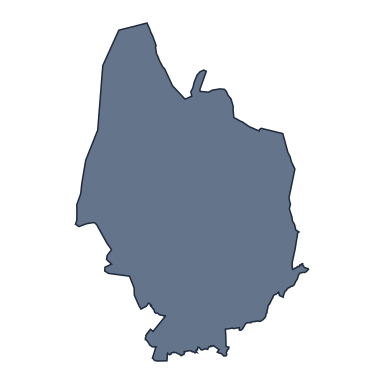 outline of Tixtla de Guerrero, Guerrero, Mexico
{"feature_id": "50627088B84888194044649", "entity_name": "Tixtla de Guerrero", "entity_type": "district", "adm_level": 2, "iso_a3": "MEX", "parent_name": "Mexico", "parent_adm1": "Guerrero", "projection": "robinson", "projection_center": [-99.344, 17.607], "detail": "fine", "context": "isolated", "style": "filled", "palette": "slate", "viewbox_px": 384, "rotation_deg": 0, "n_neighbors": 0, "source": "geoboundaries", "source_scale": "gbopen_adm2", "svg_char_len": 5803}
<svg xmlns="http://www.w3.org/2000/svg" viewBox="0 0 384 384"><path d="M282.8,133.6L261.2,128.3L260.1,129.0L259.4,129.7L259.1,130.9L249.1,126.6L247.0,125.1L242.3,121.9L240.9,121.4L233.9,117.5L233.2,111.1L233.1,106.0L231.0,98.9L228.0,95.2L226.4,91.5L224.5,89.3L219.9,88.9L212.4,90.1L208.5,92.2L200.2,91.4L199.9,89.4L206.3,71.3L203.9,70.1L203.7,70.1L200.1,71.7L197.0,75.2L194.1,82.4L192.9,87.8L190.8,91.8L191.8,96.2L185.0,99.1L172.5,85.8L164.7,68.9L162.9,67.2L159.4,60.5L157.7,56.0L156.5,53.8L155.5,47.1L156.1,45.7L154.5,41.1L152.5,35.7L150.9,32.5L149.4,28.4L147.0,23.0L118.8,30.2L102.8,65.6L97.7,130.1L85.7,160.3L81.8,183.5L80.7,193.8L76.8,204.6L76.9,210.5L76.8,220.2L75.6,223.9L75.5,224.2L76.8,225.0L77.4,225.6L78.9,226.6L86.0,223.9L89.4,223.2L93.6,222.6L94.9,223.0L95.6,223.6L96.9,225.0L98.4,227.8L107.3,243.8L111.5,249.7L107.2,255.4L106.5,259.5L111.6,264.1L105.0,267.2L104.7,271.0L108.4,273.4L129.5,276.2L134.1,287.8L134.3,295.0L137.9,303.3L138.9,305.6L141.0,309.1L146.4,306.2L148.5,303.1L149.4,303.6L149.8,304.0L150.3,304.4L150.4,305.4L151.0,305.3L150.9,306.0L151.5,305.8L151.6,306.1L151.6,306.7L152.1,307.6L152.5,308.2L152.7,308.5L152.9,308.6L153.0,308.9L153.9,309.3L154.0,310.2L154.3,310.8L154.4,311.9L154.9,312.3L155.5,313.1L156.5,313.1L157.6,313.2L158.2,313.8L158.6,314.0L158.9,314.3L159.3,314.7L159.7,314.8L160.2,314.9L160.6,315.2L161.3,315.1L161.9,315.1L162.1,315.1L162.3,315.1L162.9,315.3L163.0,315.5L163.2,315.8L163.3,315.7L163.6,315.7L164.0,315.8L164.3,316.0L164.5,315.9L164.8,315.8L165.1,315.9L165.3,315.9L165.4,316.1L153.0,331.5L152.3,330.7L150.4,329.2L150.0,329.8L149.8,330.3L149.5,330.7L149.2,330.9L148.8,331.1L148.5,331.5L148.4,332.3L148.0,332.6L147.7,332.7L147.6,333.1L147.4,333.5L147.2,333.6L146.8,333.8L146.4,334.6L146.1,335.0L145.9,335.3L145.8,335.7L146.0,336.0L146.0,336.5L145.9,337.0L145.4,337.6L145.3,337.9L145.4,338.4L145.6,338.9L145.4,339.5L145.9,339.5L146.2,340.0L146.9,340.6L147.2,341.1L148.8,343.2L149.0,343.8L149.5,344.6L150.2,345.4L151.6,346.4L152.2,346.7L152.8,346.9L154.5,347.0L155.0,346.9L156.0,346.9L155.8,347.1L153.7,354.1L153.0,356.3L152.9,356.5L152.4,358.2L153.4,358.9L154.2,360.1L154.5,360.3L154.7,360.5L156.6,360.9L157.3,361.0L163.9,360.9L166.6,360.8L167.0,360.8L167.3,356.7L167.1,354.7L167.3,354.0L167.6,353.2L167.8,353.3L169.3,354.8L170.1,354.5L170.2,354.3L170.6,354.2L170.9,354.1L171.2,354.0L171.4,353.0L171.8,352.7L173.4,352.6L173.8,352.2L174.3,352.6L175.9,352.5L176.1,352.6L176.3,352.8L176.8,353.0L177.9,353.7L179.4,354.3L179.5,354.4L180.7,355.2L181.0,355.7L181.7,355.5L182.8,354.8L183.9,354.4L184.2,353.8L184.2,351.6L184.5,351.5L185.3,351.9L186.8,350.8L187.8,351.0L188.0,351.1L188.6,350.9L189.3,350.7L190.4,350.9L190.9,350.8L191.1,350.9L191.6,350.9L191.8,351.5L192.2,351.8L192.6,351.9L192.9,351.8L193.9,351.9L194.5,352.6L195.1,352.9L196.6,352.1L196.8,352.2L195.8,350.7L196.4,350.0L196.6,349.7L197.6,349.9L197.8,347.2L198.0,347.1L199.4,347.6L199.8,348.2L200.8,349.5L201.4,350.0L202.1,350.0L205.2,348.8L207.7,349.4L208.2,348.0L209.0,347.0L209.1,346.7L210.7,346.6L210.7,346.0L212.0,346.4L212.6,346.1L213.2,345.5L219.0,349.6L217.2,352.1L219.0,353.0L220.9,353.5L221.2,353.5L221.8,353.9L223.1,355.4L223.8,356.0L224.1,356.0L224.5,356.0L225.1,356.0L225.9,355.9L226.5,355.0L226.8,354.6L226.7,354.1L226.5,353.7L226.2,352.4L226.4,352.1L226.7,351.7L227.0,351.2L227.0,350.6L227.3,350.5L227.4,350.0L227.7,349.7L228.6,348.9L229.0,346.5L228.6,347.1L227.9,347.2L226.8,346.6L226.0,346.0L226.0,343.5L226.0,342.6L225.9,341.3L225.9,340.5L225.9,339.4L225.8,336.3L225.4,329.1L228.7,328.8L231.2,328.3L232.5,328.1L233.3,328.6L239.3,327.6L239.2,329.8L239.9,330.0L240.0,330.3L240.4,330.3L241.8,329.7L243.2,327.9L244.9,324.9L245.3,323.9L247.1,322.8L250.3,322.6L250.8,322.8L251.3,322.1L251.7,321.9L252.6,321.8L253.0,321.6L253.4,321.6L253.7,321.7L254.1,321.7L254.4,321.6L255.0,321.4L255.4,321.5L255.8,321.3L257.3,321.1L257.8,321.1L258.5,321.3L259.0,321.4L259.8,321.3L260.3,321.2L261.3,320.9L262.2,320.1L262.9,319.8L263.8,318.9L264.9,317.7L265.5,316.8L265.8,315.9L265.9,315.4L265.9,313.8L266.4,313.3L266.8,313.2L266.9,312.7L267.1,311.9L267.0,310.4L267.4,309.8L267.5,308.9L268.0,307.7L267.8,306.8L267.9,306.5L268.1,305.7L268.5,305.4L268.8,304.5L269.0,304.4L269.3,304.3L269.6,304.0L269.7,303.2L270.2,303.0L270.5,301.5L271.1,301.0L271.2,300.3L271.7,299.8L271.9,298.9L272.9,297.8L272.8,297.4L272.8,297.1L273.2,296.4L273.5,295.8L273.8,295.2L276.2,294.1L278.6,292.2L278.7,292.7L278.9,293.2L278.8,293.6L279.2,294.2L279.2,294.8L279.5,295.0L279.7,295.3L279.6,295.6L283.2,297.2L283.4,296.0L284.3,292.8L284.8,292.1L284.9,291.6L285.0,291.3L286.3,290.4L286.7,289.7L287.2,288.9L287.7,288.7L288.3,287.8L289.4,287.6L289.9,287.3L290.3,286.9L291.2,286.3L292.2,286.3L293.7,285.4L294.8,283.6L295.5,281.7L296.0,281.0L297.2,279.3L297.9,277.4L298.2,275.7L299.8,273.2L301.3,272.8L303.0,272.4L304.1,272.4L304.6,272.5L305.1,272.3L305.7,272.0L306.4,271.5L307.2,270.7L307.7,270.0L308.4,269.6L308.5,269.4L308.0,268.5L307.5,268.5L306.9,268.4L306.4,268.3L306.2,268.1L305.4,267.8L304.6,267.6L304.1,267.2L303.7,266.3L303.2,265.7L302.8,265.0L302.6,264.3L302.7,263.9L302.7,263.7L302.4,263.7L301.6,263.9L301.5,264.0L301.4,264.5L301.2,264.5L300.9,264.9L300.7,265.1L300.4,265.1L300.3,264.9L300.1,264.8L299.9,264.9L299.8,265.1L299.7,265.8L299.4,266.2L299.2,266.5L298.5,266.4L298.3,266.3L297.9,266.6L296.8,267.1L295.6,268.1L295.4,268.2L295.1,268.2L295.0,268.3L294.8,268.4L294.6,268.3L294.4,268.6L294.1,268.9L293.4,269.1L293.2,269.3L292.8,269.5L292.2,267.0L292.2,264.4L292.2,263.2L292.3,262.1L295.1,249.2L296.4,240.9L296.7,239.2L297.5,235.2L297.4,233.9L297.6,233.1L299.0,232.0L296.4,230.4L296.0,230.2L295.7,229.5L294.5,224.4L292.5,221.1L292.0,217.3L289.4,209.0L289.6,207.5L290.5,204.2L289.7,201.7L289.0,197.8L294.9,169.0L291.5,162.0L290.0,156.5L287.9,152.4L282.8,133.6Z" fill="#64748b" stroke="#1e293b" stroke-width="1.5"/></svg>